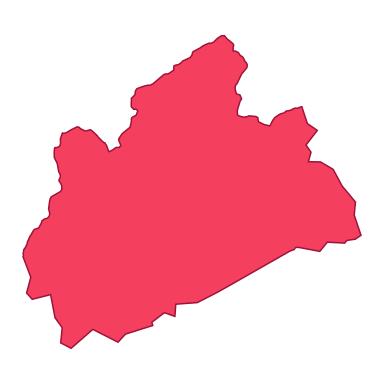 Madison, North Carolina, United States of America (Equal Earth projection)
{"feature_id": "52423323B54912107287089", "entity_name": "Madison", "entity_type": "district", "adm_level": 2, "iso_a3": "USA", "parent_name": "United States of America", "parent_adm1": "North Carolina", "projection": "equal_earth", "projection_center": [-82.727, 35.872], "detail": "fine", "context": "isolated", "style": "filled", "palette": "rose", "viewbox_px": 384, "rotation_deg": 0, "n_neighbors": 0, "source": "geoboundaries", "source_scale": "gbopen_adm2", "svg_char_len": 2508}
<svg xmlns="http://www.w3.org/2000/svg" viewBox="0 0 384 384"><path d="M62.4,133.0L60.4,138.9L60.5,144.0L60.0,145.2L59.4,146.3L57.6,147.4L55.0,147.6L54.5,148.5L54.2,151.9L54.3,157.5L57.2,163.4L58.7,171.7L60.3,175.0L60.3,177.2L59.2,179.3L59.0,181.0L60.8,183.6L61.6,185.5L61.9,187.5L61.6,189.8L60.6,191.4L51.4,196.7L50.3,198.4L49.6,201.2L48.6,208.8L49.8,213.8L49.1,216.4L47.2,218.3L44.6,218.9L42.0,220.7L41.2,223.4L38.6,228.0L34.7,229.3L33.7,230.1L29.7,236.9L27.4,242.1L27.2,243.7L25.5,247.3L23.8,249.6L23.1,253.9L23.5,255.9L23.0,256.7L30.8,277.2L26.6,293.0L32.2,299.3L50.6,294.6L55.0,317.7L62.2,327.7L60.7,342.9L71.1,348.3L92.8,329.4L118.0,342.2L125.5,334.1L152.8,325.5L151.8,322.3L164.4,312.7L174.9,316.4L175.8,304.2L197.3,302.6L217.0,292.5L224.9,288.1L289.9,251.1L293.9,249.7L294.5,249.1L295.1,248.2L295.5,247.8L296.3,247.4L297.2,247.3L299.2,247.5L319.8,251.4L327.3,242.2L344.7,243.1L346.9,240.4L355.3,239.2L361.0,235.3L354.2,215.0L355.5,202.1L342.2,186.1L333.2,169.4L320.5,161.9L308.4,161.7L311.0,152.2L306.0,145.0L317.3,130.4L307.4,123.6L301.8,106.7L300.8,106.9L297.4,108.3L295.1,108.1L292.5,109.1L291.3,110.1L286.1,111.1L284.0,113.0L281.2,113.6L279.3,114.5L274.9,117.5L272.7,120.4L269.9,125.9L264.0,124.5L259.3,122.2L258.4,121.5L257.8,117.6L255.8,116.5L249.1,115.8L247.4,116.6L244.0,117.2L239.5,116.1L237.6,115.0L237.2,111.7L237.6,109.3L240.1,101.2L241.6,98.9L240.0,95.0L236.5,93.9L236.3,93.5L235.0,88.4L235.5,85.9L235.8,84.9L237.0,83.7L241.6,74.0L244.1,71.1L246.9,67.7L247.3,64.8L246.5,63.0L244.9,61.2L243.7,58.5L242.4,56.6L240.4,55.6L238.3,52.5L235.9,51.3L233.1,50.8L233.2,47.4L233.7,45.0L232.8,43.5L226.9,38.7L224.5,35.7L221.6,35.7L217.7,38.1L213.6,42.1L210.8,43.4L209.3,43.1L206.0,44.4L202.6,46.1L199.8,48.1L193.3,51.5L192.6,52.4L192.1,54.8L190.1,57.6L182.7,61.0L181.4,62.6L178.8,64.4L174.1,65.6L173.8,67.0L173.9,69.1L173.6,70.3L168.0,74.0L166.3,73.8L163.9,74.5L152.8,83.9L150.1,85.2L147.3,85.3L143.5,86.3L137.0,88.6L136.2,89.7L135.4,91.1L135.0,94.7L131.4,98.4L131.4,99.1L131.2,106.6L133.5,109.2L134.4,109.4L135.4,109.0L136.8,109.7L137.7,111.3L136.0,115.4L132.7,116.9L131.8,117.8L131.3,118.9L131.4,121.6L130.0,127.3L122.1,133.7L118.8,138.7L118.6,139.6L118.9,140.8L120.7,145.0L120.6,145.9L119.3,147.4L116.9,147.4L115.6,147.7L112.6,150.0L109.1,151.7L108.6,151.2L106.5,145.4L104.8,142.8L104.0,142.7L102.1,141.1L98.0,136.9L97.3,135.7L92.0,130.8L90.4,129.7L85.4,131.1L80.2,128.5L79.4,127.4L77.2,126.8L71.3,129.7L65.9,132.9L63.3,133.3L62.4,133.0Z" fill="#f43f5e" stroke="#9f1239" stroke-width="1.5"/></svg>